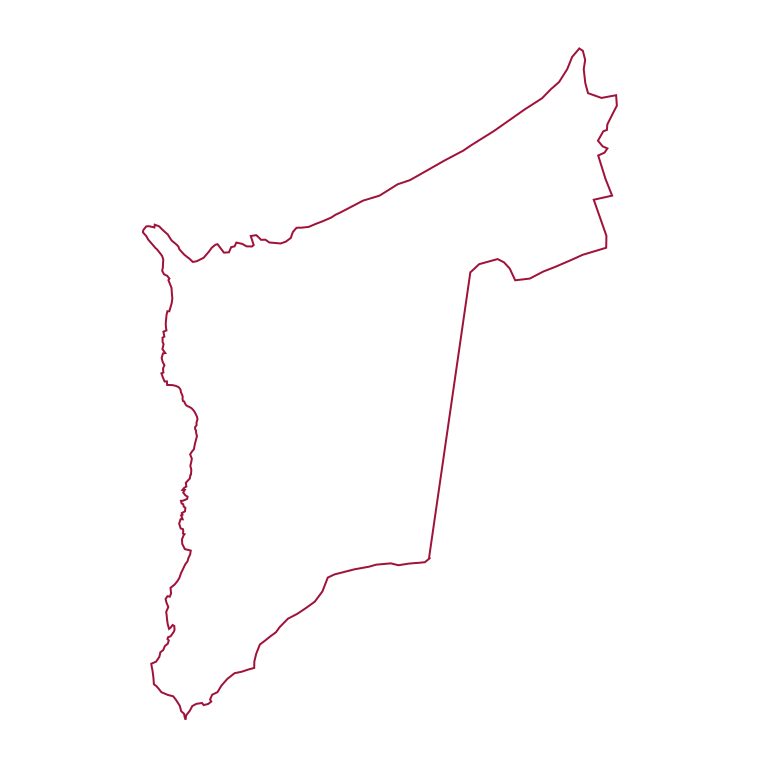 outline of Akrotiri, Cyprus, rotated 86°
{"feature_id": "46923920B88253584339693", "entity_name": "Akrotiri", "entity_type": "district", "adm_level": 2, "iso_a3": "CYP", "parent_name": "Cyprus", "parent_adm1": "", "projection": "mercator", "projection_center": [32.972, 34.606], "detail": "fine", "context": "isolated", "style": "outline", "palette": "rose", "viewbox_px": 768, "rotation_deg": 86, "n_neighbors": 0, "source": "geoboundaries", "source_scale": "gbopen_adm2", "svg_char_len": 4055}
<svg xmlns="http://www.w3.org/2000/svg" viewBox="0 0 768 768"><g transform="rotate(86 384 384)"><path d="M62.9,165.8L65.8,168.5L70.8,173.5L82.6,179.2L95.0,188.3L101.5,196.9L109.9,206.3L119.9,224.5L139.3,256.7L151.7,280.0L156.7,288.6L165.3,308.1L182.4,343.8L185.7,356.4L195.8,375.4L199.6,392.1L210.0,415.9L211.8,420.6L214.3,425.1L217.5,434.2L219.7,441.5L222.0,448.0L222.3,454.8L222.1,458.5L222.1,460.4L226.0,464.3L231.8,466.8L235.2,472.1L236.6,477.4L234.8,488.6L231.8,492.2L231.6,496.6L228.5,499.2L226.6,501.1L227.1,506.6L236.3,504.3L237.6,506.1L237.1,511.5L234.4,515.5L232.6,521.4L236.3,523.5L236.8,526.9L241.8,529.5L241.8,534.5L232.9,540.3L233.4,542.6L236.0,546.3L239.4,549.1L245.5,555.1L248.5,562.3L248.9,566.2L245.8,569.0L241.0,574.3L235.4,578.7L232.8,579.4L231.4,580.4L229.5,582.2L226.2,585.7L223.9,587.1L219.8,589.2L217.7,591.3L214.5,594.4L211.4,597.0L210.9,597.6L209.1,601.6L211.8,602.1L210.6,606.0L210.2,607.8L210.2,610.2L213.7,613.4L215.9,613.9L219.9,610.8L223.4,609.2L228.5,605.4L232.3,602.6L233.8,601.1L237.1,598.8L240.8,596.4L244.5,595.5L247.4,595.9L252.4,596.5L255.5,597.4L259.2,595.8L261.0,592.7L263.9,590.7L265.3,591.8L269.1,590.6L273.2,589.3L277.9,589.3L284.0,589.2L288.7,590.2L293.3,591.9L296.5,593.1L296.3,595.0L299.8,596.1L308.3,597.5L311.5,597.6L315.4,597.3L316.4,600.4L321.4,599.8L322.3,601.7L326.8,601.9L328.9,601.1L333.8,602.6L337.9,600.0L338.1,602.4L340.7,603.3L342.6,604.0L346.7,603.2L350.0,601.7L351.7,602.7L353.5,603.4L357.2,603.3L357.8,605.3L361.5,604.3L366.2,602.7L366.2,600.4L369.8,600.4L370.0,598.5L370.4,594.9L371.4,591.7L372.9,589.0L375.3,587.4L378.2,587.1L380.0,586.4L382.3,585.7L384.8,586.0L386.9,585.8L387.6,584.4L389.3,584.0L391.6,582.7L392.6,581.2L393.2,579.9L394.8,577.6L397.2,575.7L399.0,574.7L403.7,572.8L406.2,572.5L409.2,573.7L412.2,573.9L413.7,575.4L415.7,575.6L417.4,574.8L419.9,574.8L421.6,574.5L423.1,574.2L424.3,574.7L430.9,576.9L435.8,578.2L438.6,580.8L440.7,582.3L445.1,580.9L448.3,581.7L452.1,582.9L456.3,582.2L460.9,582.9L461.1,583.4L464.7,584.3L468.7,588.6L472.5,588.3L473.6,590.5L475.6,592.4L475.8,590.2L478.2,591.9L481.1,590.0L482.7,587.8L484.9,588.4L486.4,592.6L486.4,594.7L489.1,594.2L489.9,592.7L492.4,592.3L493.6,590.8L497.1,591.4L497.8,592.8L498.6,594.7L500.4,594.1L500.9,595.6L502.8,594.9L504.9,594.3L504.6,596.3L509.0,598.1L513.9,596.9L514.8,594.7L516.7,594.5L519.1,595.0L519.9,593.5L520.7,594.3L524.9,596.4L529.5,596.4L534.8,594.2L536.7,588.4L540.6,589.3L543.9,591.2L547.2,592.4L550.1,594.9L554.9,597.6L558.7,599.8L563.1,601.6L566.3,603.9L569.3,606.7L572.5,611.2L578.0,611.0L581.2,612.5L580.6,614.8L583.2,616.9L587.1,616.2L591.4,614.7L596.2,617.2L598.6,617.0L604.4,616.8L608.5,616.5L613.3,615.5L612.1,613.8L609.7,611.7L610.7,610.1L614.7,610.1L616.7,611.1L620.8,614.5L621.5,617.0L623.3,617.8L624.8,616.6L628.0,617.8L630.1,620.9L633.9,622.7L636.0,625.8L640.4,627.1L645.1,630.7L646.8,635.7L649.2,635.5L653.9,634.9L660.9,634.5L667.5,634.5L669.4,632.2L672.2,630.1L675.9,627.6L679.1,621.3L680.8,616.1L684.5,613.6L690.7,610.2L696.3,609.1L699.1,606.4L701.8,606.2L705.1,605.4L700.7,604.4L696.2,600.4L691.9,597.7L690.0,593.5L689.5,587.8L691.7,586.3L691.0,581.9L688.8,578.5L686.5,579.5L682.0,577.1L679.8,571.6L673.6,567.3L667.2,560.8L662.1,553.3L661.1,546.1L659.3,539.0L658.2,533.3L651.7,532.7L644.2,530.3L635.2,526.0L631.3,520.0L627.8,515.0L624.0,509.0L619.2,505.0L611.4,496.2L607.2,486.5L602.4,478.1L596.3,468.2L586.6,459.9L573.2,453.6L570.5,446.7L566.8,426.4L565.2,411.6L563.7,404.5L563.4,389.7L565.8,382.3L564.9,371.8L564.8,366.2L564.8,361.0L564.6,355.5L563.8,354.5L561.0,350.6L560.2,351.1L278.7,290.1L271.1,280.7L269.8,274.3L267.3,262.0L271.0,255.8L277.6,250.5L289.7,245.9L289.0,231.2L282.9,217.2L279.2,205.3L273.9,190.1L271.3,183.0L269.0,176.9L263.6,152.9L260.0,152.5L251.7,151.8L214.8,161.9L212.0,143.3L195.0,148.7L171.0,154.4L168.6,147.9L164.6,144.7L162.2,149.3L156.2,153.6L147.2,147.6L146.1,143.9L140.6,143.1L133.7,139.0L127.5,135.3L122.6,132.3L112.1,132.3L113.8,147.1L108.1,160.2L97.8,162.2L83.9,162.8L74.7,160.7L65.5,162.4L62.9,165.8Z" fill="none" stroke="#9f1239" stroke-width="2"/></g></svg>